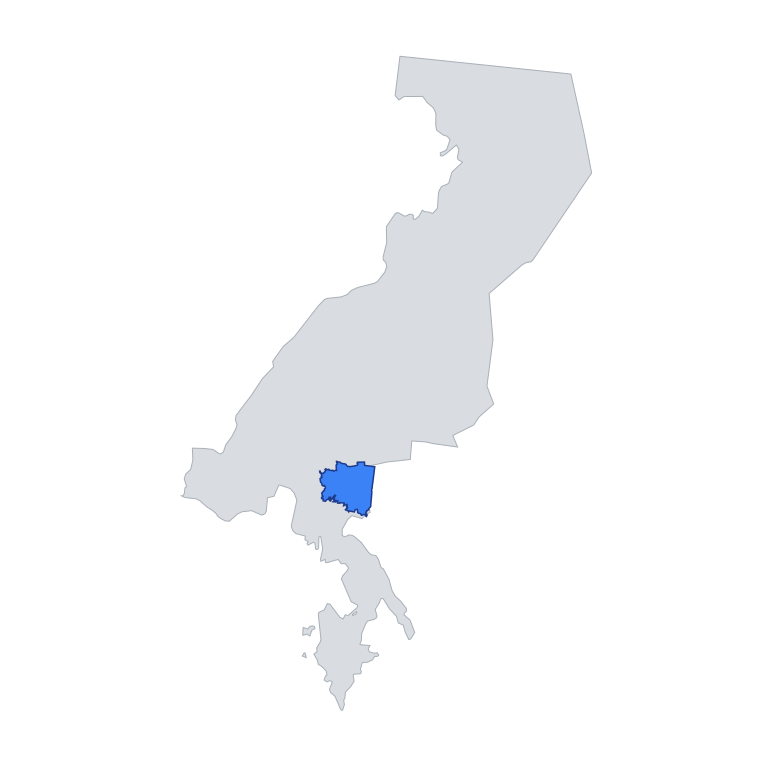 Farish, Jizzakh, Uzbekistan shown in context, rotated 93°
{"feature_id": "79887680B52998751839701", "entity_name": "Farish", "entity_type": "district", "adm_level": 2, "iso_a3": "UZB", "parent_name": "Uzbekistan", "parent_adm1": "Jizzakh", "projection": "robinson", "projection_center": [67.349, 40.658], "detail": "fine", "context": "in_parent", "style": "filled", "palette": "blue", "viewbox_px": 768, "rotation_deg": 93, "n_neighbors": 0, "source": "geoboundaries", "source_scale": "gbopen_adm2", "svg_char_len": 6085}
<svg xmlns="http://www.w3.org/2000/svg" viewBox="0 0 768 768"><g transform="rotate(93 384 384)"><path d="M618.3,345.7L630.5,340.3L637.2,343.9L637.9,345.9L630.5,349.9L623.8,352.1L621.9,357.2L615.3,359.4L608.7,366.4L598.4,373.6L598.3,375.1L599.2,376.2L602.6,377.1L609.6,381.0L616.2,378.8L617.9,379.3L619.6,381.6L621.6,388.0L624.6,389.8L634.2,393.2L641.4,393.2L645.0,394.5L645.6,393.9L645.9,384.3L648.9,385.9L652.2,384.7L653.4,379.9L652.7,376.8L655.0,375.0L656.3,376.2L656.5,379.1L660.0,381.0L662.6,385.7L663.5,391.2L670.2,392.6L672.6,391.6L674.5,392.2L675.5,399.1L676.5,399.6L682.2,398.3L687.7,401.2L693.7,406.4L700.3,406.7L701.7,407.7L706.4,406.8L711.9,408.3L712.1,409.1L711.2,410.3L698.4,416.6L694.9,421.1L692.0,422.5L684.2,420.0L683.0,422.7L684.5,425.4L682.7,428.3L678.7,427.2L677.8,425.8L673.9,426.5L669.5,431.1L667.4,434.9L663.2,436.1L657.4,439.9L654.9,436.9L650.7,437.3L645.1,434.2L642.3,433.6L617.4,437.6L615.4,437.0L612.7,431.9L606.4,429.1L606.6,426.5L619.3,415.8L620.7,412.5L616.4,410.6L617.1,407.8L608.7,399.2L607.2,398.7L606.1,399.0L603.1,405.4L581.0,416.3L577.7,415.3L572.7,411.2L569.5,409.8L565.5,413.2L565.7,417.4L561.6,420.6L565.5,431.7L565.1,433.2L562.2,433.6L564.4,437.8L562.6,438.3L552.0,436.6L539.6,439.2L540.0,441.0L551.0,440.7L552.5,441.4L552.8,442.8L552.2,443.7L546.4,444.7L545.8,446.4L548.9,451.4L547.5,452.5L545.4,451.5L543.7,454.8L540.0,454.6L538.0,464.2L535.0,467.6L530.8,469.2L504.6,464.9L497.8,467.9L493.3,472.2L490.4,482.7L490.7,483.9L501.9,488.0L503.7,494.4L517.2,494.9L519.5,495.9L520.6,497.6L521.3,499.3L517.4,509.7L519.0,519.0L521.2,523.2L529.2,531.3L528.9,535.8L527.0,539.7L524.8,543.2L522.4,544.6L519.1,549.0L516.1,554.4L510.4,561.5L508.5,565.4L507.8,576.9L506.3,580.3L506.1,579.0L504.0,577.7L498.0,577.3L496.9,575.8L489.2,578.5L484.4,577.3L479.4,572.6L470.0,570.9L458.1,572.0L457.8,560.2L458.3,551.4L462.4,544.5L462.3,543.2L460.3,540.8L453.1,538.9L444.7,533.4L436.9,529.8L432.5,528.6L427.5,530.6L423.0,530.0L402.3,515.9L384.8,505.6L372.8,495.2L367.1,496.3L351.8,486.6L342.0,476.4L309.4,453.7L303.1,448.2L301.5,445.3L299.3,431.5L296.5,425.2L292.3,421.7L288.9,415.1L283.9,398.9L282.0,395.9L272.3,389.1L266.7,387.4L262.5,388.5L260.2,391.2L256.9,391.5L242.6,388.7L226.8,389.9L213.1,381.6L212.3,380.3L212.4,378.0L215.3,372.5L214.8,370.1L213.1,367.6L213.1,364.8L214.5,363.2L217.0,363.7L218.0,362.8L217.7,361.3L214.6,357.9L208.4,354.8L209.7,352.7L210.1,347.4L211.2,344.6L210.4,343.7L205.7,339.8L190.2,339.6L186.6,338.4L183.7,336.9L181.0,331.0L179.5,329.7L168.9,327.3L158.4,317.2L156.1,321.7L153.9,322.6L145.7,321.4L141.5,324.2L151.2,334.5L153.3,337.7L153.1,339.6L150.2,339.9L147.7,334.9L146.1,333.5L136.6,330.8L133.3,333.9L132.3,337.9L127.8,344.7L122.9,345.9L111.3,346.3L107.8,347.8L105.3,349.6L100.7,355.6L94.8,360.3L95.9,379.2L99.6,383.9L95.5,388.0L55.9,385.2L64.7,213.6L121.7,197.8L162.4,187.7L252.2,241.7L254.3,243.8L255.4,248.5L257.7,252.2L288.1,283.8L334.1,277.5L380.7,281.1L398.2,273.4L411.9,287.3L420.3,292.3L431.8,312.6L443.1,307.2L441.0,331.5L439.7,338.8L439.4,353.3L458.0,353.8L461.8,377.2L465.9,391.9L469.9,393.6L505.1,391.5L507.8,392.6L512.8,391.1L516.0,395.8L519.6,399.0L517.1,409.2L521.4,413.3L531.2,418.1L537.3,417.9L538.3,416.2L538.1,413.8L536.6,411.3L536.7,408.3L537.6,406.1L543.5,398.3L553.0,390.7L555.1,388.0L555.9,383.1L559.3,380.4L567.4,377.4L568.6,375.0L578.6,368.9L589.9,365.1L595.0,361.9L599.9,356.1L607.0,349.9L609.8,349.8L611.8,351.7L613.5,351.9L618.3,345.7ZM616.8,403.3L615.5,400.2L613.7,399.1L612.8,399.6L615.7,403.4L616.8,403.3ZM638.9,452.1L631.4,452.0L632.6,447.4L629.8,445.2L629.3,442.9L629.8,440.8L631.7,440.1L633.9,443.3L639.6,444.8L637.8,448.0L639.2,451.4L638.9,452.1ZM661.3,447.3L659.9,451.4L656.6,449.6L657.1,448.5L661.3,447.3Z" fill="#d9dde1" stroke="#a8b0b8" stroke-width="1"/><path d="M464.2,424.8L464.4,425.3L464.1,426.3L463.7,427.0L463.7,427.4L464.2,427.4L464.8,427.2L465.2,426.9L465.8,426.5L466.3,426.4L466.6,426.9L467.1,427.2L467.4,427.5L468.2,427.5L468.8,427.4L469.5,427.3L470.3,427.4L471.2,427.0L472.8,426.9L472.6,427.9L473.4,429.1L473.6,429.8L473.4,430.3L472.8,430.6L473.1,431.5L473.0,434.1L472.1,434.5L472.1,435.0L472.4,435.2L472.3,435.9L472.7,436.5L471.7,437.6L472.5,438.5L473.6,438.0L474.6,438.1L475.0,438.9L475.6,439.0L476.0,439.7L476.4,439.9L476.4,441.0L476.1,442.0L475.6,442.7L474.4,443.1L474.4,443.7L475.9,443.4L476.9,442.2L478.1,441.3L479.0,441.7L479.6,441.6L479.7,441.8L480.1,441.7L480.2,441.1L480.6,441.0L481.3,442.3L481.8,442.9L484.7,442.4L485.0,442.1L485.4,442.1L486.8,440.8L488.5,440.5L489.0,439.2L488.6,439.0L488.5,438.2L489.0,438.2L489.7,437.2L490.8,437.1L491.4,437.3L492.1,438.1L492.8,437.8L493.6,438.1L494.0,439.0L494.7,439.1L495.2,439.9L496.5,440.5L497.7,439.9L498.7,439.9L499.0,439.2L499.5,439.2L499.8,439.1L499.9,439.6L500.5,440.4L501.7,440.3L502.0,438.6L503.8,438.7L504.2,436.4L502.2,434.8L502.1,433.5L499.9,432.8L499.9,431.4L501.3,431.4L501.6,432.3L502.7,432.6L503.7,431.5L503.6,431.0L502.6,430.9L497.5,427.3L498.0,426.5L498.5,426.8L498.9,427.4L500.0,427.5L501.0,428.5L501.6,428.6L501.7,427.5L502.6,427.7L502.7,426.9L503.6,428.4L504.2,428.8L504.3,426.0L503.5,425.4L503.6,424.7L503.2,424.1L505.3,424.2L505.4,421.9L504.8,421.7L505.0,417.5L507.7,418.0L506.2,415.1L506.2,414.6L506.7,414.4L507.2,414.7L507.8,414.5L508.3,415.1L509.0,414.8L508.7,414.2L509.6,413.8L511.3,416.0L511.8,415.8L511.3,414.9L512.4,414.2L512.4,413.2L513.5,412.5L512.6,412.0L513.3,406.9L512.8,406.8L511.3,406.3L510.6,405.2L510.7,404.1L512.1,403.8L513.7,403.6L514.4,402.7L514.5,401.5L514.8,400.5L516.2,399.8L516.3,399.2L515.4,397.7L515.5,395.9L516.8,395.4L517.3,394.6L515.8,394.0L514.8,394.5L514.2,395.3L513.0,395.5L512.5,394.5L511.4,394.7L510.4,392.6L509.4,392.8L507.7,391.3L506.8,390.8L506.6,390.8L505.4,390.9L500.2,390.7L493.8,390.5L492.4,390.5L491.4,390.6L490.3,390.9L489.6,390.8L488.9,390.4L487.7,390.4L486.6,390.4L482.8,390.0L481.3,389.9L477.0,389.6L474.4,389.4L469.9,389.1L467.1,388.9L466.3,399.1L463.0,399.4L463.5,406.5L464.5,406.7L465.0,406.0L466.3,406.2L467.2,408.5L468.2,413.0L468.2,416.3L466.5,417.6L465.9,418.4L465.5,422.3L464.6,423.4L464.2,424.8Z" fill="#3b82f6" stroke="#1e3a8a" stroke-width="1.5"/></g></svg>